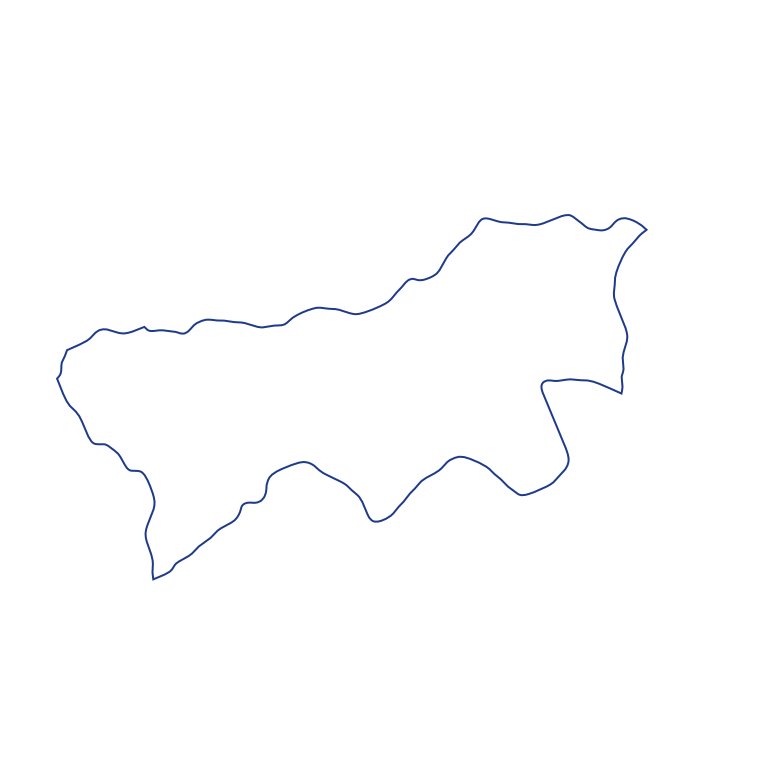 outline of Salcedo, Hermanas, Dominican Republic, rotated 68°
{"feature_id": "3306468B93547885769442", "entity_name": "Salcedo", "entity_type": "district", "adm_level": 2, "iso_a3": "DOM", "parent_name": "Dominican Republic", "parent_adm1": "Hermanas", "projection": "albers", "projection_center": [-70.395, 19.439], "detail": "fine", "context": "isolated", "style": "outline", "palette": "blue", "viewbox_px": 768, "rotation_deg": 68, "n_neighbors": 0, "source": "geoboundaries", "source_scale": "gbopen_adm2", "svg_char_len": 4116}
<svg xmlns="http://www.w3.org/2000/svg" viewBox="0 0 768 768"><g transform="rotate(68 384 384)"><path d="M233.9,665.2L238.4,669.3L243.5,674.8L246.5,676.4L251.0,678.4L253.7,680.3L255.3,682.6L256.5,685.1L272.9,685.2L280.8,684.7L286.5,683.5L294.1,680.1L299.6,678.6L305.7,678.1L322.2,677.8L327.6,676.8L329.2,676.1L330.6,675.1L331.6,673.9L332.9,671.4L335.0,666.1L335.8,664.9L338.0,662.9L344.8,658.8L349.2,656.6L353.0,655.7L362.5,654.5L365.9,653.7L367.4,653.0L368.7,652.1L369.6,651.0L372.4,644.8L374.0,642.4L375.4,641.4L378.7,640.1L384.4,639.3L390.5,639.1L398.9,639.4L403.1,639.9L407.1,640.8L410.8,642.5L414.0,644.7L427.0,656.9L430.1,659.3L433.5,661.2L437.3,662.4L441.2,663.0L455.1,663.7L460.9,664.6L464.3,665.7L471.9,669.2L478.7,671.1L478.5,658.8L477.8,653.2L476.6,650.1L473.4,645.7L472.7,644.3L471.8,640.9L470.3,629.4L469.3,625.6L465.2,616.4L461.7,602.4L457.6,593.1L456.7,589.3L455.3,577.3L454.4,573.5L452.8,570.3L450.9,567.7L448.8,565.5L444.4,562.0L443.6,560.9L443.0,559.6L442.7,558.2L442.9,555.2L443.8,552.6L445.6,548.8L446.4,545.8L446.3,542.4L445.8,540.8L444.3,537.9L443.3,536.7L440.9,534.5L438.2,532.8L433.7,530.7L429.9,527.7L427.7,525.1L426.1,521.8L424.9,516.1L424.5,510.2L424.5,500.1L425.1,492.2L426.0,488.5L426.7,486.7L428.5,483.8L430.8,481.4L433.5,479.4L439.6,476.4L443.8,473.7L448.1,470.0L458.0,461.0L460.9,458.6L463.9,456.6L470.4,453.7L476.3,450.6L479.4,449.3L485.2,448.3L498.7,448.1L502.3,447.8L505.6,446.6L507.0,445.6L508.1,444.2L509.3,441.2L509.8,437.8L509.7,432.5L508.7,427.1L507.4,423.7L503.3,416.3L500.4,409.8L495.3,401.0L492.5,394.5L489.4,388.5L488.0,385.4L486.8,380.1L485.8,370.8L484.8,365.5L483.7,362.2L480.1,354.7L479.2,351.2L479.0,345.8L479.5,342.1L480.1,340.4L481.9,336.9L485.6,332.3L492.7,325.2L498.9,320.2L502.2,318.2L508.7,315.4L516.1,311.4L525.7,307.4L536.5,300.8L537.6,299.6L538.6,298.2L539.7,294.8L540.2,291.2L540.5,285.4L540.0,271.4L539.5,267.5L538.6,263.7L531.2,248.3L530.3,246.9L528.1,244.3L525.4,242.2L523.8,241.4L522.0,240.7L518.2,239.9L512.2,239.5L451.0,240.1L447.6,239.7L445.9,239.2L444.4,238.5L443.1,237.3L442.2,235.9L441.8,234.3L441.9,231.2L443.0,228.5L445.1,224.6L446.3,221.5L448.4,212.9L449.5,209.4L454.1,200.4L457.0,193.9L460.3,189.0L464.3,184.5L471.6,177.2L481.8,167.4L478.7,165.4L475.9,163.9L466.8,161.1L465.5,160.4L462.3,157.8L459.9,156.3L448.9,152.8L444.2,149.9L435.3,142.8L432.0,141.0L430.2,140.3L426.5,139.5L422.6,139.1L398.8,139.0L391.1,138.4L389.2,138.0L385.8,136.8L378.4,132.9L372.0,129.9L367.2,126.5L362.7,122.5L355.7,115.3L351.9,110.6L349.8,107.3L346.9,100.8L342.2,91.7L340.9,88.2L339.4,82.8L333.7,85.6L329.0,88.9L326.1,91.4L323.5,94.2L321.3,97.1L320.4,98.8L319.4,102.2L319.4,105.7L320.3,108.9L323.0,114.4L323.9,117.5L324.0,121.0L323.3,124.3L321.9,127.2L317.9,134.0L315.9,136.5L313.3,138.3L309.1,140.5L299.7,146.1L297.4,148.1L296.5,149.5L295.4,152.9L294.9,156.5L294.7,176.2L294.3,180.1L293.4,183.9L292.0,187.0L288.8,192.9L286.1,199.4L281.0,208.2L277.9,214.6L275.8,217.6L270.3,224.5L268.6,227.4L268.1,229.0L267.9,230.6L268.1,232.3L269.4,235.3L275.7,243.7L277.5,246.9L278.7,250.3L280.3,257.3L281.3,260.8L285.9,269.8L288.8,276.3L290.9,279.4L299.2,289.8L301.1,293.2L301.7,294.9L302.4,298.6L302.6,302.2L302.5,305.8L302.1,309.2L301.1,312.2L300.5,313.4L297.5,317.4L297.0,318.6L296.7,321.6L297.0,323.1L298.0,326.0L301.0,331.6L303.9,338.0L307.9,345.4L309.2,348.9L310.0,352.7L310.5,358.7L310.7,366.7L310.4,374.7L309.7,380.6L308.6,384.3L307.7,386.0L305.6,389.1L298.4,397.8L296.4,400.9L293.4,407.3L289.3,414.7L288.1,418.0L287.5,421.7L287.1,427.3L287.1,433.0L287.5,438.7L288.4,444.0L291.0,451.4L291.5,454.2L291.1,457.1L288.6,464.4L286.2,474.8L285.6,476.5L283.7,479.8L275.5,490.1L273.5,493.3L270.5,499.7L265.4,508.4L262.6,514.9L259.4,520.8L258.1,523.9L257.6,525.7L257.2,529.3L257.4,534.7L258.3,538.2L261.0,543.8L262.1,546.5L262.4,549.6L262.2,551.0L261.0,553.5L257.7,557.6L251.5,568.7L250.2,571.8L248.4,578.2L247.2,581.0L246.2,582.2L245.1,583.1L241.3,584.8L241.2,597.3L240.8,601.4L240.0,605.3L239.3,607.2L237.5,610.5L229.6,620.5L228.1,623.8L227.5,627.2L227.6,628.9L228.3,632.2L231.6,639.5L232.6,643.2L233.4,651.2L233.9,665.2Z" fill="none" stroke="#1e3a8a" stroke-width="2"/></g></svg>